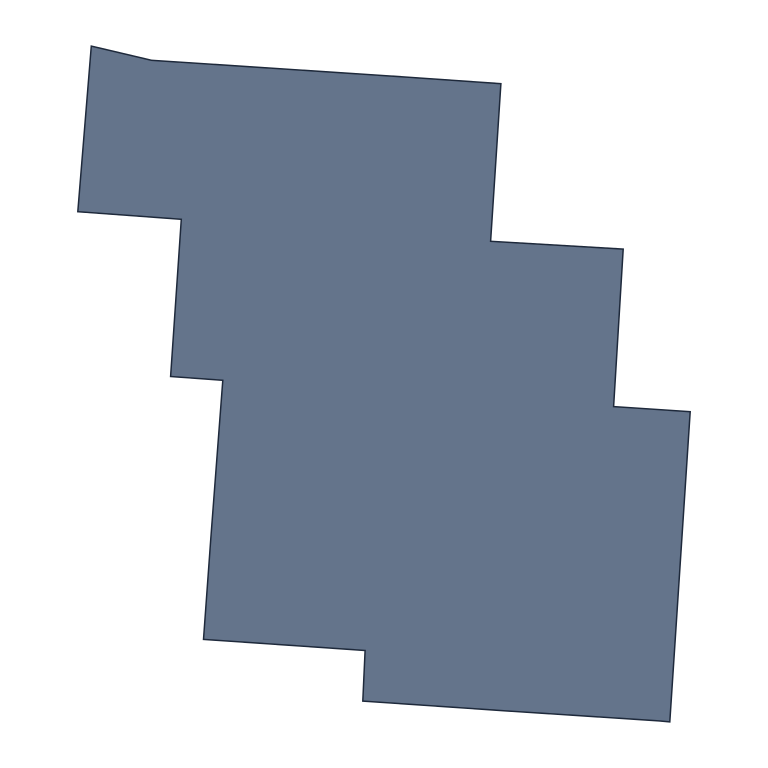 outline of Perry, Ohio, United States of America
{"feature_id": "52423323B79068710555574", "entity_name": "Perry", "entity_type": "district", "adm_level": 2, "iso_a3": "USA", "parent_name": "United States of America", "parent_adm1": "Ohio", "projection": "orthographic", "projection_center": [-82.25, 39.74], "detail": "fine", "context": "isolated", "style": "filled", "palette": "slate", "viewbox_px": 768, "rotation_deg": 0, "n_neighbors": 0, "source": "geoboundaries", "source_scale": "gbopen_adm2", "svg_char_len": 378}
<svg xmlns="http://www.w3.org/2000/svg" viewBox="0 0 768 768"><path d="M211.0,535.9L203.5,639.4L365.1,650.5L362.8,701.1L505.9,710.9L659.0,720.9L669.8,721.9L690.2,411.7L613.6,406.6L618.3,329.6L623.2,249.1L490.6,241.3L500.9,83.7L403.3,76.9L151.5,60.3L91.3,46.1L77.8,211.7L181.3,219.3L170.6,376.5L222.8,380.3L211.0,535.9Z" fill="#64748b" stroke="#1e293b" stroke-width="1.5"/></svg>